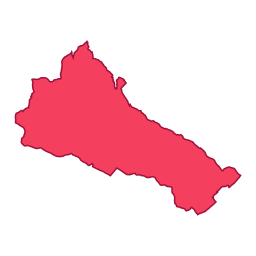 Lipova, Bacau, Romania (Mercator projection)
{"feature_id": "2599482B24055899369049", "entity_name": "Lipova", "entity_type": "district", "adm_level": 2, "iso_a3": "ROU", "parent_name": "Romania", "parent_adm1": "Bacau", "projection": "mercator", "projection_center": [27.232, 46.723], "detail": "fine", "context": "isolated", "style": "filled", "palette": "rose", "viewbox_px": 256, "rotation_deg": 0, "n_neighbors": 0, "source": "geoboundaries", "source_scale": "gbopen_adm2", "svg_char_len": 5683}
<svg xmlns="http://www.w3.org/2000/svg" viewBox="0 0 256 256"><path d="M32.3,147.0L33.7,147.7L34.5,147.8L36.2,148.5L38.0,148.4L40.1,147.8L41.1,148.0L45.1,150.6L47.6,151.9L50.6,153.0L53.1,154.6L54.8,155.5L56.6,156.2L57.9,156.5L60.1,156.6L61.8,156.4L63.2,156.1L65.7,154.8L68.4,154.7L69.6,154.2L70.5,153.6L71.4,153.6L72.3,154.3L72.9,154.9L74.9,155.6L75.9,156.2L76.9,156.4L79.1,157.7L79.9,158.6L80.5,159.8L81.4,160.6L83.4,162.0L85.8,163.0L86.9,163.9L87.8,164.9L88.2,165.2L88.9,165.5L89.6,165.3L92.1,163.6L92.9,165.0L93.1,165.1L92.6,166.6L96.3,168.5L97.4,168.9L97.6,169.2L98.5,169.5L99.4,170.1L103.2,171.5L106.3,173.5L108.1,174.2L110.1,175.6L110.4,175.7L116.1,168.8L116.4,168.1L116.7,168.1L119.8,169.8L122.4,171.5L124.3,172.9L126.0,173.8L126.1,174.2L127.3,174.6L129.9,174.7L130.0,174.5L131.3,174.3L131.3,174.1L132.3,173.8L135.1,173.3L135.2,173.7L135.5,174.2L136.5,174.9L137.0,175.0L140.5,174.8L141.0,175.5L143.6,175.8L144.5,176.1L146.3,177.2L147.8,177.6L149.0,177.5L151.8,176.8L153.2,176.8L154.0,177.0L155.1,177.7L155.4,178.2L156.7,180.5L158.4,182.2L160.4,185.0L161.1,185.2L163.6,185.0L165.3,185.1L165.6,185.2L166.4,186.2L167.7,186.5L171.0,186.8L171.6,187.2L172.0,188.1L172.0,191.9L172.2,192.9L172.5,193.0L173.8,194.8L174.1,195.3L174.6,196.7L174.7,199.0L174.5,200.0L174.9,203.4L175.4,203.8L176.2,204.9L176.5,205.5L176.6,206.3L176.8,206.5L177.9,206.9L179.5,207.0L181.5,208.0L183.3,208.3L184.5,208.8L184.9,209.1L185.5,210.2L186.3,210.9L187.0,210.5L188.5,210.1L190.1,209.2L190.6,208.7L191.1,207.6L191.5,207.4L193.9,209.2L194.6,210.1L195.1,211.3L195.5,211.7L196.4,213.1L197.5,214.1L197.7,214.6L199.4,213.6L202.0,212.7L203.4,212.1L205.2,211.5L205.8,210.9L205.9,210.5L206.5,210.2L209.1,208.1L209.4,208.0L209.6,207.5L210.2,207.0L211.7,205.9L212.3,205.2L213.2,204.6L216.0,201.9L214.3,200.3L214.2,199.8L212.7,197.6L213.3,197.4L213.0,196.4L215.0,194.3L215.7,194.0L216.7,193.1L216.7,192.3L217.1,192.7L217.5,192.5L217.6,192.0L217.2,191.9L217.3,191.7L222.3,186.4L223.2,186.7L224.4,186.5L225.4,186.5L227.0,185.7L227.4,185.6L228.0,185.3L228.4,185.6L228.7,187.1L229.1,187.5L230.0,186.8L230.3,186.3L231.2,185.7L232.8,184.2L233.3,183.8L233.5,183.8L233.9,183.6L235.0,182.2L236.8,180.3L238.2,178.4L238.9,177.9L240.6,175.4L239.3,174.6L238.2,173.8L236.1,171.2L234.9,169.2L234.2,168.5L229.1,167.0L228.7,167.0L226.5,167.8L224.2,168.9L223.6,169.5L222.9,170.7L221.9,170.5L219.6,167.4L219.1,166.5L216.9,164.6L216.3,163.9L214.8,161.0L213.5,159.3L209.6,157.9L207.0,156.3L206.3,155.4L206.0,154.5L205.6,153.9L205.3,152.8L205.1,152.4L204.3,151.5L203.8,151.2L203.4,150.4L201.9,149.4L201.6,148.9L201.1,148.6L201.0,148.4L200.5,148.0L200.0,148.3L198.4,147.6L197.8,146.8L195.0,144.6L193.7,143.3L193.6,142.9L192.5,141.8L189.4,140.6L188.7,140.1L187.0,139.9L184.3,139.0L183.3,138.0L182.6,136.2L180.9,134.7L179.2,135.2L177.8,134.6L176.6,134.9L173.9,133.0L173.4,132.1L172.1,131.2L170.8,130.5L169.7,130.0L169.1,130.0L166.3,128.7L165.2,128.5L164.2,128.8L162.9,127.8L161.9,127.4L161.5,127.4L159.8,125.6L159.6,125.3L159.6,124.7L159.4,124.4L159.1,124.4L158.3,123.8L157.3,123.0L155.0,122.2L153.5,120.8L152.9,120.8L151.6,121.4L151.3,121.3L150.6,120.7L147.7,119.7L147.0,118.9L146.4,117.9L146.1,116.8L145.6,116.2L145.2,115.3L144.3,114.8L142.5,113.0L141.8,113.0L141.2,111.8L140.8,110.7L139.7,110.8L138.4,110.5L136.9,109.2L133.0,107.5L131.8,107.0L131.1,106.2L130.1,104.4L129.3,105.7L128.7,104.2L128.1,102.7L127.7,101.3L122.4,93.3L121.8,91.8L121.6,89.9L120.9,88.5L126.1,83.1L125.6,82.4L125.4,81.9L125.2,81.8L124.4,80.7L123.9,80.6L124.0,80.0L123.7,79.9L123.7,79.4L123.2,79.0L122.2,78.6L119.5,77.4L118.7,77.5L118.7,78.2L117.2,79.9L116.8,79.9L116.6,80.6L116.5,81.2L117.2,82.9L117.1,83.7L116.6,84.3L117.0,85.1L117.0,85.9L116.8,87.9L116.4,88.0L116.7,88.7L115.2,88.5L114.4,85.9L114.6,85.2L114.2,82.2L113.7,82.2L113.1,81.4L113.2,80.9L113.4,80.4L113.4,80.2L113.1,80.1L113.1,79.5L112.8,78.8L113.0,77.9L112.7,77.2L112.3,77.4L111.9,77.4L111.6,77.1L112.7,75.1L112.3,74.8L109.4,71.6L108.8,71.5L107.7,70.6L106.7,70.2L106.6,69.6L106.4,68.4L106.0,67.5L104.3,66.3L103.2,64.3L102.0,63.3L101.9,62.6L101.6,61.9L100.5,61.6L99.4,60.9L98.7,60.1L98.0,59.7L96.7,59.4L94.9,58.7L94.1,58.6L93.4,58.4L92.2,58.7L92.9,58.1L92.8,57.5L93.0,56.5L92.8,55.6L92.7,54.3L92.2,53.3L92.2,52.1L90.6,51.4L89.6,50.0L88.3,49.7L88.0,49.0L88.0,48.2L88.7,47.2L88.8,46.9L87.4,44.0L87.9,42.9L87.0,41.4L85.8,42.8L84.5,43.5L83.9,44.5L82.4,45.6L80.6,45.8L78.4,47.0L78.0,48.3L77.8,49.5L75.4,51.9L74.3,52.8L74.3,54.0L73.4,55.7L73.1,57.7L72.3,55.9L72.1,55.0L71.9,54.1L71.9,52.4L71.7,51.9L71.4,52.6L69.9,54.2L67.2,55.5L66.0,56.5L64.6,57.1L63.1,58.9L62.1,60.7L61.8,61.7L62.1,64.8L61.9,67.5L61.5,69.2L61.4,70.9L60.6,73.5L60.5,74.2L60.9,77.0L61.1,77.9L61.2,78.1L60.8,78.9L60.4,79.0L59.8,78.7L59.3,78.9L58.4,78.7L57.4,79.3L54.8,79.9L54.2,79.9L53.9,80.1L53.2,81.2L52.6,81.6L50.7,81.8L50.1,81.7L49.3,81.1L48.1,79.5L46.9,78.5L46.2,78.1L44.3,77.7L41.8,77.8L40.5,78.0L38.8,79.2L36.2,79.4L33.5,79.1L32.0,79.4L32.0,79.5L33.0,82.8L33.0,83.1L32.5,84.3L32.7,86.1L32.7,87.8L33.6,90.7L34.2,91.7L32.7,93.2L32.2,94.0L31.8,94.0L31.9,94.9L31.0,96.2L30.9,96.7L31.7,97.2L31.7,97.5L30.6,98.3L30.1,99.4L29.6,99.8L29.4,100.2L29.4,101.7L29.3,103.6L28.9,105.6L28.4,106.5L28.6,107.6L25.9,108.4L25.0,109.2L24.4,109.6L23.8,110.2L23.5,110.8L23.1,111.4L21.9,110.7L21.8,110.4L20.3,111.1L19.3,112.0L16.2,113.4L15.4,115.8L15.7,120.4L15.5,120.8L15.6,121.3L15.5,122.2L15.6,122.8L18.1,124.0L19.4,125.1L22.3,126.8L23.7,127.8L24.4,129.2L24.6,130.0L25.2,130.9L24.6,133.9L24.0,135.0L24.0,136.3L21.8,138.4L21.6,139.2L21.7,140.0L21.5,140.4L21.5,141.1L21.3,141.5L21.4,142.7L21.5,142.9L22.2,143.6L22.7,144.3L23.9,145.4L25.0,145.9L25.6,145.9L26.8,145.5L27.5,145.5L28.9,145.8L32.3,147.0Z" fill="#f43f5e" stroke="#9f1239" stroke-width="1.5"/></svg>